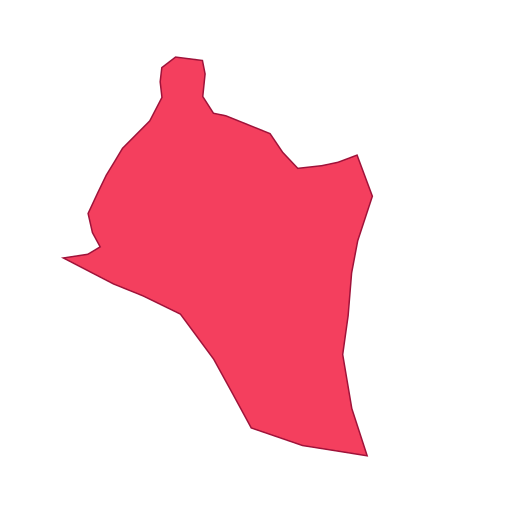 Agios Epifanios Soleas, Nicosia, Cyprus, rotated 292°
{"feature_id": "46923920B95806905806103", "entity_name": "Agios Epifanios Soleas", "entity_type": "district", "adm_level": 2, "iso_a3": "CYP", "parent_name": "Cyprus", "parent_adm1": "Nicosia", "projection": "equal_earth", "projection_center": [32.871, 35.058], "detail": "fine", "context": "isolated", "style": "filled", "palette": "rose", "viewbox_px": 512, "rotation_deg": 292, "n_neighbors": 0, "source": "geoboundaries", "source_scale": "gbopen_adm2", "svg_char_len": 651}
<svg xmlns="http://www.w3.org/2000/svg" viewBox="0 0 512 512"><g transform="rotate(292 256 256)"><path d="M395.4,98.1L381.6,101.9L367.8,109.4L341.5,106.9L305.9,91.9L289.8,89.4L274.9,86.9L255.4,85.6L232.5,84.4L216.4,95.6L206.1,108.1L194.6,99.4L182.0,78.1L176.7,134.4L176.7,166.2L173.8,207.7L144.5,255.4L121.1,284.1L94.8,316.0L97.7,370.1L112.4,433.9L150.4,402.0L197.1,373.3L235.1,363.8L276.1,351.0L308.2,344.6L355.0,341.5L387.4,311.9L373.6,296.9L364.4,283.2L352.9,261.9L362.1,241.9L374.7,223.2L374.7,201.9L374.7,175.6L372.4,163.1L383.9,146.9L405.7,140.6L417.2,133.1L410.3,106.9L395.4,98.1Z" fill="#f43f5e" stroke="#9f1239" stroke-width="1.5"/></g></svg>